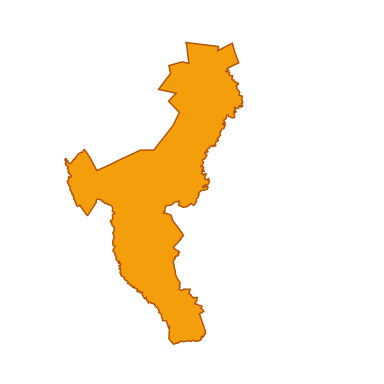 outline of El Tule, Chihuahua, Mexico, rotated 241°
{"feature_id": "50627088B96078514401884", "entity_name": "El Tule", "entity_type": "district", "adm_level": 2, "iso_a3": "MEX", "parent_name": "Mexico", "parent_adm1": "Chihuahua", "projection": "orthographic", "projection_center": [-106.33, 27.016], "detail": "fine", "context": "isolated", "style": "filled", "palette": "amber", "viewbox_px": 384, "rotation_deg": 241, "n_neighbors": 0, "source": "geoboundaries", "source_scale": "gbopen_adm2", "svg_char_len": 6003}
<svg xmlns="http://www.w3.org/2000/svg" viewBox="0 0 384 384"><g transform="rotate(241 192 192)"><path d="M302.6,299.4L303.1,283.0L306.5,285.6L325.7,259.2L324.2,259.0L306.0,251.6L310.5,246.6L313.8,233.1L306.0,230.7L298.0,212.5L286.0,226.0L282.9,215.6L267.7,219.5L259.3,207.6L247.2,179.0L253.6,167.2L255.3,142.9L255.7,132.3L256.9,119.1L271.5,119.4L280.4,118.7L281.0,118.3L281.4,117.7L279.7,115.6L280.6,113.9L280.2,110.5L278.1,105.8L277.5,105.3L277.5,104.5L277.7,103.7L275.8,100.2L276.5,98.2L279.3,98.5L279.8,98.1L279.4,97.3L279.9,97.1L281.5,98.3L282.1,98.2L282.3,97.3L281.7,96.4L280.5,96.6L279.3,96.2L278.2,95.0L277.4,95.4L276.4,94.8L275.0,95.5L273.9,95.5L273.2,94.6L271.8,94.7L270.8,94.1L270.1,94.1L269.6,93.3L268.8,93.7L268.1,93.3L266.9,94.0L266.4,93.7L264.5,94.6L264.1,94.1L263.7,92.6L265.2,91.8L265.1,91.5L264.0,91.3L263.7,90.4L262.1,89.7L261.7,88.2L261.3,87.7L259.5,87.9L257.7,87.4L255.6,88.0L253.0,86.3L251.9,86.6L249.5,86.5L248.3,86.0L247.4,86.7L246.3,86.0L244.7,86.1L243.7,85.1L242.3,85.4L236.0,84.6L235.4,84.9L234.5,86.1L234.4,87.0L234.7,87.5L226.1,88.3L222.2,89.1L222.4,90.0L229.5,103.5L231.4,104.4L231.5,105.8L230.7,107.1L229.9,107.7L229.1,108.9L228.4,108.6L227.0,109.1L226.8,109.9L224.6,109.9L223.7,111.8L222.2,112.0L222.0,113.0L220.9,113.2L219.6,114.6L218.0,115.1L216.4,114.8L213.7,113.0L213.2,113.0L211.7,114.2L210.8,114.1L210.6,113.0L211.0,111.5L206.4,109.4L206.3,108.5L206.7,107.4L205.8,106.3L205.0,106.3L204.3,106.8L204.1,106.5L202.2,106.3L201.3,105.8L199.8,106.8L198.3,106.4L195.5,104.8L195.1,104.2L195.0,103.2L189.6,101.8L188.7,100.2L186.1,98.0L183.6,97.2L182.3,98.3L181.8,98.3L179.9,95.3L178.9,94.4L175.5,94.9L174.4,94.1L172.0,94.5L170.7,93.2L169.7,93.1L168.3,93.5L167.5,93.3L166.9,93.7L166.5,94.7L166.1,94.8L165.7,93.5L165.2,93.1L164.8,93.3L164.4,94.5L163.7,94.8L163.0,94.4L162.6,92.1L161.8,92.3L161.5,92.8L160.9,92.8L160.0,92.3L160.0,91.0L159.3,91.3L159.2,91.8L158.8,91.8L157.6,91.3L157.2,90.6L156.2,89.9L155.4,89.9L154.9,90.5L154.2,89.7L153.4,89.5L152.2,89.9L151.2,90.9L150.1,91.0L149.7,91.4L149.2,90.7L148.1,90.6L144.3,92.6L143.8,92.3L143.7,91.5L143.2,91.4L141.3,93.3L140.2,92.7L138.4,94.3L137.3,93.8L137.0,94.3L137.3,95.5L136.8,95.7L135.5,95.5L133.5,97.1L132.6,96.0L131.3,95.8L130.8,96.4L131.3,97.9L130.7,98.2L128.9,97.8L128.5,100.1L126.7,98.7L125.0,98.9L122.9,98.6L121.6,99.1L121.9,100.6L120.9,100.5L119.5,99.8L117.7,100.4L116.1,100.2L116.4,101.1L115.4,102.3L114.2,102.5L112.9,104.3L111.2,105.0L110.1,104.4L109.7,105.0L109.1,105.0L107.4,105.7L106.9,105.3L105.7,106.0L104.5,105.4L103.4,105.6L102.7,104.6L100.6,105.8L93.6,104.0L92.0,107.1L84.9,105.8L85.9,107.6L75.0,100.7L67.9,102.0L67.3,104.8L66.7,106.2L67.0,107.0L66.7,107.4L66.9,109.9L65.8,111.0L64.3,114.3L64.0,116.5L62.4,117.7L61.4,121.6L60.3,122.2L59.4,123.4L58.3,126.4L58.6,128.8L60.0,129.2L61.0,130.4L60.8,130.8L59.8,130.8L60.0,132.1L61.2,133.2L61.4,134.9L62.6,135.2L63.1,136.1L81.9,139.4L81.7,144.4L85.8,143.7L87.3,145.3L87.9,145.2L89.5,143.1L91.4,142.2L92.2,140.8L93.0,140.2L93.4,140.4L94.6,143.6L95.5,143.9L97.2,145.5L98.2,143.6L98.2,142.1L98.8,142.3L100.1,141.3L103.2,141.1L104.8,140.1L106.5,142.1L107.9,143.2L111.0,137.7L111.0,135.0L113.2,133.6L114.8,135.6L115.5,135.3L116.3,135.6L116.9,136.6L118.0,137.4L119.8,137.6L124.4,137.1L127.9,137.7L130.2,138.5L131.0,139.2L133.9,139.7L135.9,140.3L136.4,140.8L139.7,141.5L139.9,141.9L141.7,143.3L141.7,144.1L142.3,144.8L142.2,145.3L143.2,145.4L143.2,145.8L143.5,145.9L143.7,146.8L143.4,146.9L143.2,147.9L143.7,149.0L143.3,149.0L143.2,149.4L144.8,149.8L145.0,151.7L147.0,151.6L147.6,150.8L150.6,149.2L152.7,149.0L156.1,159.4L156.7,159.3L158.1,163.5L166.2,162.8L175.7,161.3L181.9,162.4L186.3,158.9L186.8,156.9L187.4,156.8L187.9,157.5L188.2,157.4L188.3,158.9L191.8,161.3L192.5,162.8L190.8,166.7L190.9,169.3L191.6,171.9L191.1,173.4L190.4,174.4L190.7,176.0L190.3,176.4L188.8,176.0L188.4,175.0L187.0,173.8L182.9,176.9L181.4,181.2L182.0,183.4L182.0,184.4L182.6,185.4L179.8,186.7L179.5,187.2L181.4,191.2L183.2,192.1L184.1,193.4L184.4,194.8L186.5,197.0L187.2,196.7L187.6,197.0L188.2,198.4L188.7,200.5L188.6,202.4L187.6,203.5L187.7,205.0L187.0,206.5L187.1,207.0L188.6,208.4L189.1,208.4L189.7,207.6L190.6,204.0L191.4,203.8L191.8,205.2L191.4,207.7L190.9,208.7L191.0,209.9L192.7,212.3L193.5,212.4L194.1,211.8L194.6,212.7L195.6,213.2L195.8,210.9L196.9,209.6L198.6,210.3L200.1,212.4L201.0,213.2L201.5,212.8L201.7,211.7L201.2,210.4L203.4,209.9L203.9,209.4L204.7,210.2L204.4,213.0L205.0,212.9L205.6,211.4L206.7,211.3L206.9,211.7L206.3,212.2L207.3,214.0L207.9,214.2L209.1,213.7L209.8,213.0L209.9,212.0L210.4,212.0L210.2,213.8L211.9,215.7L212.8,216.5L214.2,216.4L215.4,217.1L215.2,218.0L214.8,218.5L214.8,219.1L216.2,221.8L217.0,222.6L217.4,223.0L219.8,221.7L220.2,221.9L220.4,222.4L219.3,225.2L219.7,225.5L220.7,224.5L221.3,224.5L223.1,231.5L222.9,231.9L221.6,232.3L222.5,233.8L221.1,234.1L221.0,235.0L223.7,236.5L224.2,237.4L224.1,239.6L224.4,240.2L225.1,240.4L226.0,239.7L226.4,239.8L227.0,241.3L226.8,242.3L227.4,242.7L228.0,244.6L229.2,244.9L229.9,245.6L230.8,245.5L231.6,247.5L232.3,248.2L232.2,251.0L233.9,252.5L234.7,253.9L235.4,253.7L235.0,252.3L236.9,251.7L237.0,251.9L236.5,253.7L236.9,254.7L239.2,254.3L239.5,254.6L239.6,257.6L242.3,259.4L241.9,260.7L240.4,260.7L239.0,262.1L238.0,262.5L237.0,263.8L236.6,265.2L237.2,265.9L239.9,266.4L240.7,267.9L240.5,268.7L240.9,269.5L241.6,269.5L241.6,267.5L241.9,267.2L242.6,268.3L242.7,269.6L243.8,270.2L245.3,270.2L245.1,270.8L243.4,271.7L242.7,272.7L242.9,273.7L244.2,274.6L244.6,275.5L244.2,276.0L243.1,275.6L242.6,275.9L242.4,277.9L245.3,278.0L245.2,279.4L245.5,279.8L247.2,279.9L249.2,280.7L251.1,282.4L252.0,282.1L253.3,280.3L253.8,280.1L254.4,280.3L255.9,282.0L257.9,282.0L260.7,281.3L262.7,282.6L263.7,282.3L263.8,284.8L264.5,285.2L268.5,282.5L269.6,283.0L269.8,282.3L271.2,281.5L271.9,281.9L273.1,283.3L274.3,283.9L275.4,281.5L277.5,281.6L277.7,282.4L278.5,282.9L279.5,282.2L280.1,280.8L281.1,280.1L281.6,281.7L281.0,283.0L283.1,282.8L282.3,295.5L291.8,296.9L302.6,299.4Z" fill="#f59e0b" stroke="#b45309" stroke-width="1.5"/></g></svg>